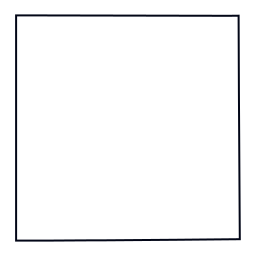 Stevens, Kansas, United States of America (Albers equal-area conic projection)
{"feature_id": "52423323B61357262089532", "entity_name": "Stevens", "entity_type": "district", "adm_level": 2, "iso_a3": "USA", "parent_name": "United States of America", "parent_adm1": "Kansas", "projection": "albers", "projection_center": [-101.316, 37.192], "detail": "fine", "context": "isolated", "style": "outline", "palette": "ink", "viewbox_px": 256, "rotation_deg": 0, "n_neighbors": 0, "source": "geoboundaries", "source_scale": "gbopen_adm2", "svg_char_len": 317}
<svg xmlns="http://www.w3.org/2000/svg" viewBox="0 0 256 256"><path d="M228.7,15.8L30.1,15.4L16.1,15.4L16.1,240.6L32.7,240.6L48.2,240.6L80.3,240.4L80.9,240.4L97.2,240.3L105.7,240.3L106.5,240.3L172.9,239.8L173.5,239.8L239.8,239.2L238.9,90.7L238.6,15.7L228.7,15.8Z" fill="none" stroke="#020617" stroke-width="2"/></svg>